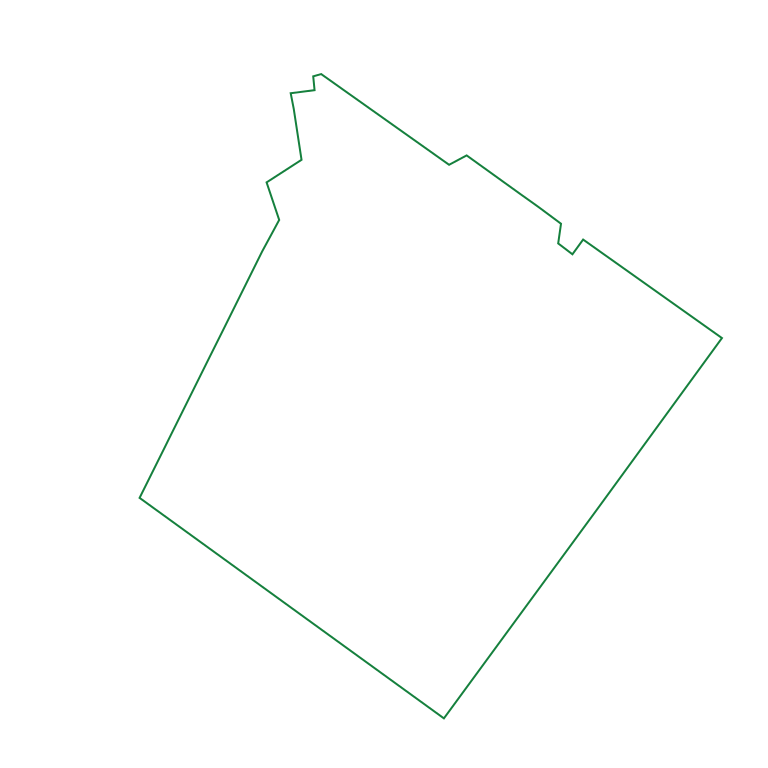 Chambers, Alabama, United States of America (orthographic projection), rotated 216°
{"feature_id": "52423323B15727406815643", "entity_name": "Chambers", "entity_type": "district", "adm_level": 2, "iso_a3": "USA", "parent_name": "United States of America", "parent_adm1": "Alabama", "projection": "orthographic", "projection_center": [-85.292, 32.918], "detail": "fine", "context": "isolated", "style": "outline", "palette": "green", "viewbox_px": 768, "rotation_deg": 216, "n_neighbors": 0, "source": "geoboundaries", "source_scale": "gbopen_adm2", "svg_char_len": 502}
<svg xmlns="http://www.w3.org/2000/svg" viewBox="0 0 768 768"><g transform="rotate(216 384 384)"><path d="M139.0,148.7L137.9,409.9L137.6,619.8L307.8,617.9L307.8,599.7L325.7,600.1L335.0,617.7L363.7,618.0L385.4,617.8L451.5,617.5L460.2,599.6L617.0,597.8L622.1,591.3L612.9,580.9L630.4,564.4L618.7,553.5L582.5,516.9L597.5,478.1L565.2,455.1L565.2,454.9L563.7,443.9L560.5,419.7L546.0,333.8L541.1,304.3L525.8,213.5L524.3,204.8L514.8,148.2L139.0,148.7Z" fill="none" stroke="#15803d" stroke-width="2"/></g></svg>